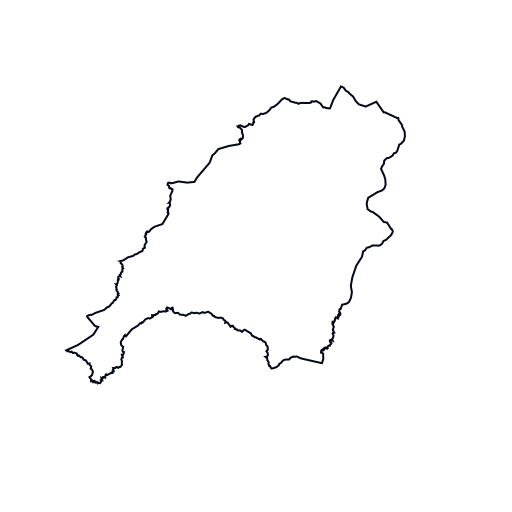 East Mamprusi, Northern, Ghana, rotated 123°
{"feature_id": "2480657B84792930556748", "entity_name": "East Mamprusi", "entity_type": "district", "adm_level": 2, "iso_a3": "GHA", "parent_name": "Ghana", "parent_adm1": "Northern", "projection": "orthographic", "projection_center": [-0.286, 10.453], "detail": "fine", "context": "isolated", "style": "outline", "palette": "ink", "viewbox_px": 512, "rotation_deg": 123, "n_neighbors": 0, "source": "geoboundaries", "source_scale": "gbopen_adm2", "svg_char_len": 6127}
<svg xmlns="http://www.w3.org/2000/svg" viewBox="0 0 512 512"><g transform="rotate(123 256 256)"><path d="M448.3,329.7L449.0,327.6L450.9,326.0L450.2,325.4L450.2,324.8L449.7,324.9L449.9,324.3L449.4,324.0L450.1,323.6L449.0,323.0L449.4,322.3L448.8,322.1L448.5,320.9L449.0,320.8L448.4,320.0L448.9,319.3L448.0,318.9L447.5,317.5L445.1,317.5L444.7,318.6L443.6,318.1L443.0,318.7L443.2,317.8L442.2,318.6L441.8,318.1L441.1,318.5L440.5,318.0L440.2,316.2L437.4,317.5L436.7,317.0L437.0,316.3L436.5,315.7L433.2,314.0L432.2,312.6L430.9,313.6L430.2,312.6L428.9,314.2L427.8,313.9L427.6,314.5L426.5,312.9L425.3,312.8L424.8,312.1L424.9,310.7L423.2,310.0L422.9,309.3L420.0,309.1L419.1,310.2L417.3,311.0L416.1,312.6L414.4,313.1L413.6,312.4L411.9,314.7L411.2,313.6L408.5,314.4L408.8,315.4L408.2,316.5L404.6,317.9L404.3,320.3L402.0,322.5L399.1,322.8L398.1,322.4L395.2,323.0L393.9,322.8L394.5,322.2L394.2,321.3L385.0,320.2L378.7,317.1L375.3,316.5L375.0,315.5L373.7,315.5L373.5,314.8L369.2,314.2L366.8,312.6L366.3,311.0L363.5,309.5L362.7,309.5L362.8,310.5L362.3,310.9L360.3,308.2L359.6,308.5L357.8,307.0L355.4,307.3L355.0,305.8L352.7,303.4L351.7,301.4L350.3,300.5L350.3,301.6L349.3,301.6L349.0,302.6L347.5,302.5L346.8,298.6L345.9,298.4L346.5,298.0L345.2,297.4L347.7,295.2L348.1,292.9L346.1,290.4L346.6,287.9L344.8,284.6L344.4,282.3L341.2,280.9L340.5,280.0L338.5,279.3L337.4,276.3L336.1,275.3L335.1,272.1L332.2,270.3L331.8,268.2L328.8,265.8L328.7,261.9L329.6,259.9L329.0,258.5L329.5,258.0L329.4,256.6L328.3,253.6L326.9,252.1L326.3,249.7L327.0,248.8L327.2,246.2L328.8,245.4L327.5,244.4L327.3,243.4L329.2,238.8L327.6,238.3L327.2,237.1L327.7,236.7L328.1,234.2L328.7,233.9L328.0,232.1L328.5,231.0L327.1,228.8L327.2,226.4L324.6,225.9L323.9,225.3L323.7,218.1L325.0,215.9L324.6,214.7L324.9,213.0L324.3,211.9L324.0,207.4L323.1,207.3L322.9,206.7L323.7,203.5L323.2,202.1L323.5,200.7L325.1,199.0L325.6,197.0L328.2,195.0L330.2,195.4L330.8,193.7L332.4,192.1L334.1,191.9L335.4,193.2L335.6,190.9L337.3,189.7L338.1,187.6L339.4,187.0L341.0,185.1L340.6,184.3L341.8,182.5L341.8,181.4L338.5,178.6L335.6,177.4L333.8,177.7L331.8,176.8L328.7,176.4L326.9,175.0L324.7,171.8L323.2,171.8L320.1,170.2L320.0,169.3L318.1,167.2L317.4,162.5L310.0,142.4L306.1,143.3L301.3,146.5L301.5,147.4L300.9,148.2L301.5,148.9L299.8,149.8L298.4,149.5L298.5,148.2L297.6,147.9L297.4,148.6L296.1,148.7L296.2,147.9L295.0,147.8L295.0,145.9L294.2,145.7L293.8,146.7L291.6,146.2L291.0,145.2L289.8,145.5L288.5,145.1L287.8,145.4L287.6,147.3L286.5,148.1L285.7,147.4L285.3,145.6L284.4,147.1L283.3,146.7L280.6,147.5L279.4,149.5L278.4,149.4L277.7,148.6L276.1,151.4L272.9,152.2L271.8,154.4L270.3,154.5L270.6,155.4L269.4,156.0L268.3,154.6L266.1,154.9L265.8,155.6L263.8,155.6L263.7,153.4L261.7,154.5L261.9,153.6L261.4,153.7L259.9,154.6L259.9,153.6L259.3,153.3L257.8,154.4L257.5,155.9L255.1,156.9L254.4,156.2L249.9,157.2L247.3,154.6L245.4,153.4L243.5,153.0L239.3,153.6L234.2,155.8L229.4,160.2L221.4,163.6L209.6,166.6L198.9,166.7L193.7,168.7L192.1,167.7L188.8,167.6L187.0,165.9L183.6,163.9L180.3,158.5L179.4,157.8L177.1,157.0L173.9,157.2L171.6,155.7L164.8,154.1L162.1,154.3L160.9,154.6L159.6,156.4L159.8,157.2L156.6,164.3L157.9,167.4L156.0,173.8L155.5,181.5L156.1,184.4L155.9,188.0L151.5,191.9L146.1,193.6L136.3,188.9L132.4,186.0L129.3,185.2L125.6,186.1L121.2,189.4L118.8,192.3L114.8,198.6L112.1,199.1L109.3,198.9L106.1,200.4L102.7,199.6L101.6,198.2L99.1,196.8L97.2,196.1L94.8,196.3L93.3,195.0L91.3,194.7L84.5,196.5L82.8,195.5L78.6,194.8L74.5,196.3L70.8,199.0L67.9,203.8L66.5,205.1L64.4,210.4L62.9,211.8L63.3,212.0L65.3,226.2L66.0,227.1L61.1,239.1L70.9,245.4L72.8,252.3L71.8,256.6L69.4,261.4L68.8,266.4L68.2,267.5L68.4,270.8L67.1,274.1L67.5,277.1L83.1,276.2L91.9,274.3L93.6,277.5L93.9,279.5L94.8,280.6L93.0,285.0L93.3,290.0L95.4,291.9L95.5,292.9L96.3,293.8L97.4,293.5L98.8,294.8L103.4,302.1L105.2,303.2L105.3,305.4L105.9,306.1L107.6,311.6L106.8,313.6L107.4,314.6L107.9,318.1L110.3,319.5L116.4,320.6L120.8,322.1L123.2,324.0L126.2,324.1L130.4,325.3L133.1,327.5L134.1,329.5L136.4,329.9L139.6,332.3L142.9,332.4L144.8,330.5L145.5,331.1L146.5,330.4L148.1,330.4L149.0,333.8L150.4,333.7L153.6,335.3L154.3,336.3L155.0,340.5L157.3,342.1L157.7,341.1L157.1,339.3L158.1,336.1L160.0,335.2L161.4,333.1L164.0,331.3L166.1,331.6L165.9,332.7L167.2,333.3L168.1,333.0L167.8,332.2L169.5,331.4L170.1,330.4L171.5,331.1L178.5,338.7L186.8,345.8L192.0,346.4L195.4,347.4L203.1,345.7L222.3,348.2L227.4,348.0L231.9,353.6L235.7,361.6L240.4,365.8L241.5,367.1L241.5,368.5L242.8,369.6L244.5,368.9L244.7,367.0L246.2,365.8L246.3,365.3L245.5,364.4L245.9,363.4L245.5,362.5L246.7,361.6L252.1,360.8L254.9,358.4L256.9,357.8L258.7,358.0L258.2,357.4L260.0,355.9L261.6,355.4L264.0,356.2L264.0,355.6L265.3,355.4L265.4,354.6L266.1,354.6L267.4,353.2L267.9,353.5L268.4,352.3L271.8,352.2L280.2,351.9L286.8,357.1L290.6,358.6L294.1,359.0L294.9,359.8L294.7,360.6L295.5,360.9L296.5,360.8L297.1,360.1L297.8,360.5L298.2,359.9L300.4,359.8L300.7,358.2L302.4,357.1L303.5,355.5L307.8,355.3L309.6,353.7L311.4,354.8L313.7,354.0L316.3,355.8L319.4,357.1L320.7,358.5L322.7,359.0L326.9,362.7L331.9,364.9L334.3,367.1L334.2,366.6L335.8,365.5L335.8,364.1L336.7,362.6L337.6,362.4L337.4,362.1L338.8,361.3L338.8,360.7L339.9,360.9L341.9,359.5L342.5,360.0L344.1,360.0L345.1,359.4L346.0,359.9L346.9,358.7L347.0,359.5L348.4,360.1L349.4,359.8L349.9,358.7L350.9,358.9L351.0,358.3L351.9,358.4L354.0,357.4L355.4,357.2L355.9,358.0L356.2,356.8L358.1,356.6L359.0,355.4L360.1,354.9L360.2,354.3L361.1,353.9L361.3,352.6L362.4,350.8L363.1,351.3L364.0,350.7L364.0,350.0L364.6,350.3L365.7,349.6L366.7,350.4L367.7,349.8L369.7,350.0L369.9,350.6L370.8,350.8L373.2,350.6L374.2,351.2L377.0,351.4L379.0,351.9L380.2,353.0L383.8,353.9L391.2,359.7L394.7,361.6L396.1,363.5L398.3,364.9L399.0,364.4L402.4,352.9L401.4,349.7L410.6,349.6L427.5,356.8L438.5,363.8L438.7,362.3L437.9,361.6L437.7,359.3L436.6,358.6L437.1,356.8L436.1,355.9L435.4,353.2L436.5,351.8L436.0,350.8L436.5,350.6L436.1,350.0L436.3,347.7L435.7,347.1L435.9,345.5L436.9,344.2L436.2,341.8L438.0,338.2L436.8,337.1L437.6,336.6L438.4,334.1L440.5,333.3L440.6,331.7L441.9,329.7L445.4,328.6L448.3,329.7Z" fill="none" stroke="#020617" stroke-width="2"/></g></svg>